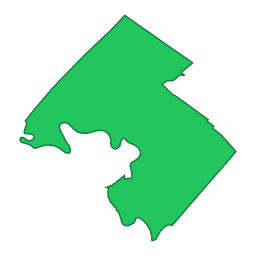 outline of Adancata, Ialomita, Romania
{"feature_id": "2599482B2487196456759", "entity_name": "Adancata", "entity_type": "district", "adm_level": 2, "iso_a3": "ROU", "parent_name": "Romania", "parent_adm1": "Ialomita", "projection": "orthographic", "projection_center": [26.439, 44.763], "detail": "fine", "context": "isolated", "style": "filled", "palette": "green", "viewbox_px": 256, "rotation_deg": 0, "n_neighbors": 0, "source": "geoboundaries", "source_scale": "gbopen_adm2", "svg_char_len": 4136}
<svg xmlns="http://www.w3.org/2000/svg" viewBox="0 0 256 256"><path d="M106.5,187.4L108.6,188.0L108.0,191.4L108.1,196.4L110.1,201.3L114.3,206.5L116.0,207.7L116.2,208.4L116.2,209.3L116.6,210.6L118.5,212.0L119.8,215.3L122.3,223.7L124.8,225.5L128.3,225.7L133.7,223.1L135.1,220.9L135.5,218.9L136.9,217.6L138.9,217.6L142.7,220.0L146.5,223.9L148.5,227.2L150.7,231.3L151.3,234.8L152.0,236.5L151.8,238.4L151.7,240.1L152.8,240.6L155.7,239.4L160.9,230.4L164.7,226.6L168.0,225.1L169.9,224.6L172.0,225.6L173.6,223.4L173.8,223.5L176.3,220.5L199.4,193.8L221.5,168.3L222.2,167.6L231.8,156.4L235.9,151.6L234.3,149.7L229.6,144.4L223.3,137.4L221.8,135.6L219.6,133.7L218.0,132.5L212.4,128.0L213.7,126.2L211.9,124.9L207.1,121.3L208.1,119.6L206.8,118.7L205.5,117.8L205.3,117.6L204.7,117.2L202.4,115.5L201.6,114.9L200.8,114.4L195.6,110.5L191.1,107.2L184.7,102.5L174.7,95.4L173.2,95.1L162.2,84.6L164.1,82.8L165.7,81.6L166.6,81.0L167.1,80.8L168.2,80.7L169.2,80.7L171.5,80.7L172.4,80.6L173.1,80.4L173.5,80.2L175.1,79.1L176.2,78.1L177.3,76.9L178.4,76.0L179.2,75.5L179.5,75.3L180.4,75.0L181.1,75.0L183.0,75.2L183.8,75.4L184.0,75.4L184.3,75.1L181.1,72.5L190.6,64.6L192.4,63.1L192.6,62.8L191.2,61.8L190.6,61.4L187.5,59.3L165.1,43.8L163.5,42.7L155.2,36.7L153.0,35.2L149.9,33.0L149.2,32.5L148.3,31.9L145.2,29.8L138.9,25.4L133.7,21.7L129.9,19.0L124.8,15.4L124.7,15.4L120.2,20.4L110.1,30.9L106.5,34.3L105.5,35.2L104.6,36.1L104.3,36.4L95.5,44.7L84.4,55.3L79.6,60.2L77.8,62.0L77.5,62.4L77.0,62.9L74.3,65.7L72.6,67.4L70.3,69.8L69.5,70.6L66.1,74.1L62.8,77.4L59.1,81.2L56.8,83.8L53.7,87.0L53.0,87.6L43.9,98.3L42.9,99.4L39.1,103.9L36.1,107.4L35.8,107.7L33.2,110.9L33.0,111.2L32.5,112.0L31.6,113.0L31.0,113.8L30.6,114.2L29.8,115.1L29.8,115.3L29.7,115.5L29.4,115.8L25.7,120.6L25.3,121.0L25.8,121.5L26.2,122.1L26.5,122.7L26.7,123.4L26.8,124.2L26.7,124.9L26.3,125.9L25.8,126.6L25.4,127.5L25.2,128.4L24.7,129.7L24.5,130.2L24.3,131.3L24.3,132.1L24.4,132.8L24.7,133.2L25.2,133.4L25.6,133.6L26.3,133.6L27.9,133.8L29.3,133.9L30.4,134.0L31.3,134.1L32.0,134.3L32.5,134.6L33.4,135.3L33.8,135.8L34.0,136.3L34.2,136.8L34.2,137.2L34.1,137.7L33.7,138.6L33.3,139.1L32.6,139.5L31.8,140.0L31.2,140.4L30.4,140.6L29.6,140.7L28.7,140.8L27.8,140.6L27.1,140.3L26.1,139.5L25.2,138.8L24.5,138.3L23.9,138.0L23.3,137.7L22.6,137.5L22.0,137.5L21.2,137.6L20.8,137.7L20.4,138.1L20.2,138.7L20.1,139.3L20.1,140.2L20.4,141.0L20.9,141.7L21.6,142.2L22.6,142.6L23.6,142.8L24.8,143.1L25.5,143.3L26.8,143.6L27.7,144.0L28.8,144.4L30.3,145.0L30.9,145.4L31.7,145.9L32.2,146.6L33.1,147.3L33.7,147.8L34.3,148.1L35.0,148.1L35.7,148.1L36.4,148.0L38.6,147.2L39.5,146.8L41.6,146.1L43.4,145.7L46.3,145.1L47.5,145.0L50.6,145.2L53.0,145.4L54.0,145.6L55.4,146.1L58.0,147.4L61.3,149.4L62.9,150.7L64.5,152.0L65.4,152.5L66.8,153.0L68.3,153.1L69.1,153.0L69.9,152.5L70.1,151.7L70.2,150.7L70.2,149.8L69.8,147.3L69.1,146.0L68.1,144.6L66.8,142.8L66.3,142.1L65.4,140.6L64.8,139.3L64.2,137.8L63.6,136.6L63.0,135.4L62.1,134.1L60.7,131.0L59.8,129.0L59.4,127.3L59.4,126.1L59.7,125.5L60.7,124.1L61.7,123.3L62.5,122.9L63.7,122.6L65.5,122.6L67.1,123.0L68.2,123.8L70.0,125.0L72.4,127.5L73.4,128.7L74.6,129.8L76.9,131.4L78.6,132.4L82.6,133.2L86.6,133.3L89.6,132.7L93.4,131.5L99.6,130.4L103.1,130.5L106.2,132.1L107.7,133.1L109.4,135.5L109.7,136.2L110.6,137.8L110.8,139.3L111.0,141.3L110.8,142.8L110.9,144.2L111.0,145.3L111.8,146.8L112.6,147.7L113.7,148.6L114.5,148.8L115.6,148.9L117.0,148.5L117.9,147.8L118.9,147.1L119.6,146.2L120.0,145.2L120.2,144.1L120.6,142.3L121.0,140.8L121.4,139.8L122.2,139.0L123.2,138.6L124.2,138.5L125.3,139.1L126.1,139.8L126.6,140.6L127.4,141.5L128.3,142.3L129.5,142.8L130.8,143.3L132.5,144.1L134.7,145.1L136.6,146.3L137.9,147.5L138.8,148.3L139.4,149.3L140.1,151.1L140.4,152.3L140.4,153.4L140.2,154.4L139.9,155.5L139.8,156.0L138.8,157.3L137.9,158.4L136.7,159.4L135.4,160.3L133.8,161.2L132.1,162.2L130.9,163.5L130.4,165.2L130.2,165.9L130.5,167.2L130.9,168.9L131.6,171.6L131.8,174.2L132.1,177.7L132.2,178.1L124.4,178.8L124.3,175.7L120.4,179.0L118.3,180.4L116.7,181.8L114.7,183.7L113.5,183.8L112.6,184.6L111.8,185.7L110.4,185.8L109.4,186.3L108.0,186.8L106.5,187.4Z" fill="#22c55e" stroke="#15803d" stroke-width="1.5"/></svg>